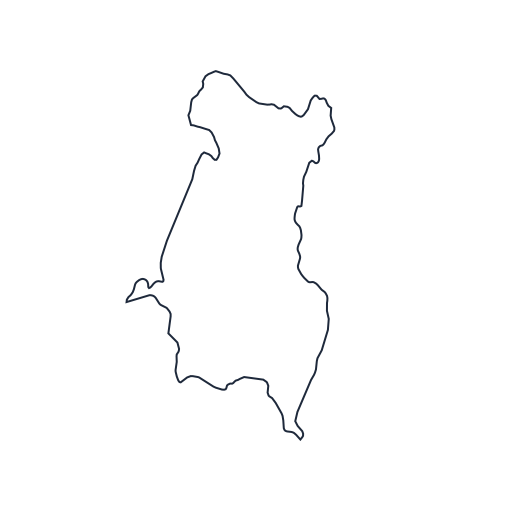 map outline of Mérida (Robinson projection), rotated 332°
{"feature_id": "VEN-27", "entity_name": "Mérida", "entity_type": "State", "adm_level": 1, "iso_a3": "VEN", "parent_name": "Venezuela", "parent_adm1": "", "projection": "robinson", "projection_center": [-71.244, 8.52], "detail": "fine", "context": "isolated", "style": "outline", "palette": "slate", "viewbox_px": 512, "rotation_deg": 332, "n_neighbors": 0, "source": "natural_earth", "source_scale": "10m", "svg_char_len": 3947}
<svg xmlns="http://www.w3.org/2000/svg" viewBox="0 0 512 512"><g transform="rotate(332 256 256)"><path d="M260.1,109.9L262.4,100.0L266.1,96.9L271.0,89.8L273.0,87.7L274.7,87.1L279.7,86.3L281.1,85.5L282.4,84.5L283.8,83.7L285.5,83.3L288.2,82.2L290.2,79.3L290.9,76.8L292.9,75.5L295.8,73.6L299.4,73.1L302.3,73.4L305.4,73.6L307.3,73.9L309.2,75.8L313.0,79.9L316.1,82.3L318.1,84.5L319.3,88.6L321.9,101.1L322.8,105.5L323.3,109.1L324.5,112.5L328.6,120.4L330.3,122.7L336.9,127.6L338.7,128.5L339.7,128.9L340.8,129.2L342.9,130.9L345.2,136.2L347.1,137.4L347.8,137.5L350.9,136.9L353.9,139.1L355.2,141.1L355.9,144.8L357.4,149.1L358.5,151.3L359.5,152.7L361.0,154.1L362.4,154.3L364.4,153.9L370.8,150.8L377.3,144.4L378.2,143.9L380.0,143.0L382.1,142.2L383.1,142.0L384.2,142.6L384.9,143.1L385.8,147.2L387.8,148.0L388.8,148.2L389.9,148.7L390.5,149.7L390.8,151.2L390.4,153.9L390.4,157.4L391.9,160.6L387.8,167.1L386.8,170.5L385.5,179.3L384.6,181.1L383.6,182.2L380.3,183.5L376.3,184.4L372.9,186.0L369.8,188.2L368.1,189.1L366.6,189.5L365.5,189.2L364.3,189.0L362.5,189.5L361.6,190.2L360.8,191.1L360.0,193.2L358.8,196.8L357.3,200.0L356.5,201.1L355.6,201.9L354.7,202.4L353.7,202.5L352.7,202.3L352.0,201.7L351.6,200.7L351.2,199.6L350.6,198.7L350.0,198.1L346.8,198.7L339.9,205.3L335.6,208.5L333.5,211.0L331.6,213.9L330.8,216.1L322.6,228.8L319.6,233.1L318.6,233.1L317.7,232.7L316.6,231.9L315.7,232.0L314.9,232.6L310.5,236.8L309.5,238.1L308.1,240.2L307.3,241.6L306.9,243.0L306.8,244.3L306.9,245.6L307.5,248.0L308.2,250.1L308.2,251.9L307.7,254.4L306.0,258.9L304.8,260.9L303.8,262.2L299.0,265.9L297.0,267.9L296.0,269.4L295.5,270.9L295.3,274.3L294.8,276.9L294.2,278.2L293.4,279.2L288.5,284.2L287.7,285.8L287.3,287.4L287.4,293.1L287.8,295.6L288.3,298.0L289.7,302.4L290.1,303.4L290.8,304.2L291.7,304.7L293.7,305.5L294.5,306.1L295.1,306.9L296.2,308.7L296.9,310.9L297.9,315.7L298.2,316.8L299.7,320.0L300.0,321.7L300.0,324.6L299.3,326.7L297.9,329.1L296.7,330.7L292.9,337.7L290.7,345.7L284.8,355.0L269.8,370.1L262.3,375.1L260.4,377.3L255.7,384.3L253.3,386.7L251.4,388.2L246.4,391.3L219.4,413.1L213.1,420.3L213.0,425.6L214.6,432.4L214.2,435.0L213.1,436.9L211.8,437.7L209.0,438.9L207.5,432.7L206.5,430.1L205.7,429.0L205.1,428.4L204.4,427.8L201.1,425.5L200.4,424.8L199.8,424.0L199.5,422.7L199.7,421.1L202.9,414.0L204.4,409.6L204.7,407.0L204.4,395.0L203.5,389.0L201.9,386.2L201.6,385.2L202.1,382.1L205.9,376.4L206.3,373.2L206.2,372.2L204.4,368.6L188.7,357.3L183.7,356.9L182.2,357.0L179.6,356.5L178.2,356.8L176.2,357.5L175.0,357.5L173.2,356.5L171.0,356.4L169.7,356.7L168.9,357.5L168.2,358.3L167.5,358.9L166.6,359.4L165.1,359.1L163.3,358.0L158.7,353.4L157.1,351.3L148.8,336.6L148.0,335.7L143.9,332.5L142.0,331.4L138.2,330.9L130.2,332.2L129.3,331.4L129.1,330.7L129.0,329.7L129.0,328.9L129.5,325.2L130.7,320.5L131.4,319.0L136.3,312.3L138.8,307.2L139.8,305.7L142.7,304.1L143.8,302.9L144.5,301.8L146.0,295.5L142.3,283.2L152.3,269.2L153.4,267.1L153.6,264.5L152.9,260.5L152.8,260.1L152.5,259.5L149.1,254.7L148.6,253.7L148.3,252.5L147.8,246.0L147.5,244.8L147.0,243.6L146.2,242.5L144.8,241.3L143.6,240.6L120.1,235.9L121.5,233.9L124.1,232.4L126.7,231.8L128.5,231.0L130.3,230.0L132.5,228.1L134.6,225.8L135.3,225.0L136.0,224.3L137.1,223.5L138.7,222.9L141.6,222.4L143.4,222.5L144.7,222.8L145.6,223.3L146.4,224.0L147.0,224.7L147.6,225.7L147.9,226.8L148.0,228.0L147.8,229.2L147.5,230.3L146.6,232.2L146.3,233.2L146.5,234.1L147.6,234.2L149.3,233.8L152.5,232.4L154.5,231.9L156.0,231.8L157.2,232.1L158.2,232.5L159.0,233.1L160.6,234.4L161.4,234.9L162.3,234.7L163.2,233.6L166.0,222.7L166.4,221.7L168.7,217.3L172.4,212.4L184.5,200.7L235.8,158.3L241.3,151.7L245.1,147.9L248.2,146.2L251.3,143.8L255.6,140.8L258.8,140.2L260.2,141.9L262.1,144.0L263.5,146.8L263.8,149.2L264.7,151.7L266.2,152.5L268.8,151.1L271.9,148.4L273.6,143.5L274.1,137.5L274.1,134.5L274.8,131.3L274.8,126.1L273.8,122.8L270.9,119.9L267.1,116.0L265.2,114.4L262.3,111.4L260.1,109.9L260.1,109.9Z" fill="none" stroke="#1e293b" stroke-width="2"/></g></svg>